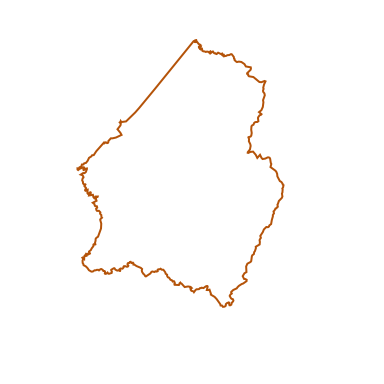 outline of Tuy Duc, Đắk Nông, Vietnam, rotated 47°
{"feature_id": "81297802B14510014839166", "entity_name": "Tuy Duc", "entity_type": "district", "adm_level": 2, "iso_a3": "VNM", "parent_name": "Vietnam", "parent_adm1": "Đắk Nông", "projection": "robinson", "projection_center": [107.388, 12.134], "detail": "fine", "context": "isolated", "style": "outline", "palette": "amber", "viewbox_px": 384, "rotation_deg": 47, "n_neighbors": 0, "source": "geoboundaries", "source_scale": "gbopen_adm2", "svg_char_len": 6007}
<svg xmlns="http://www.w3.org/2000/svg" viewBox="0 0 384 384"><g transform="rotate(47 192 192)"><path d="M171.6,321.2L173.9,320.4L176.2,320.3L178.9,320.7L181.6,319.9L182.5,318.8L182.8,316.7L183.6,315.9L183.9,314.9L184.9,313.7L185.9,313.5L186.0,311.6L186.6,310.8L188.2,310.4L189.3,310.7L190.1,309.9L190.6,309.8L191.2,310.1L192.1,311.3L192.7,311.3L193.2,310.6L193.3,308.7L194.6,308.9L195.2,308.5L196.4,306.0L195.6,304.9L194.4,304.6L193.8,304.1L194.4,301.3L194.9,300.7L196.5,301.0L198.5,300.3L199.1,299.1L200.3,298.8L200.7,298.4L200.5,298.0L199.1,297.5L199.2,296.5L200.7,295.1L200.5,293.4L199.9,293.0L199.8,292.5L200.6,291.5L202.4,290.5L202.8,289.5L202.5,288.8L200.9,288.5L200.4,287.8L200.4,287.1L201.2,286.1L200.8,285.2L201.2,284.5L202.2,284.6L203.2,283.7L203.4,284.2L204.3,283.6L205.2,284.3L205.7,283.7L208.3,283.1L212.5,281.2L214.3,281.0L215.3,282.4L216.5,283.0L218.6,283.4L219.8,283.2L221.7,283.6L222.3,283.3L223.2,278.0L222.8,276.5L223.0,275.3L224.9,274.0L225.0,272.9L225.8,272.5L226.5,271.3L226.5,271.0L225.6,270.5L225.5,269.5L226.6,268.1L226.7,267.3L228.4,267.0L229.3,266.0L229.8,266.0L232.5,266.3L233.8,267.0L235.5,266.6L236.3,267.4L237.9,267.8L239.0,267.2L241.6,267.6L242.7,266.9L244.3,267.2L244.8,266.1L245.3,266.0L247.0,266.7L247.2,267.6L248.0,268.0L251.1,265.0L251.0,264.3L250.3,263.5L250.3,262.5L250.8,262.7L251.6,262.1L256.5,262.2L258.4,259.3L260.2,257.9L260.9,257.7L261.9,257.7L261.4,258.8L262.3,259.0L262.5,259.6L263.0,259.7L263.9,259.8L265.7,258.7L266.6,258.9L266.1,256.3L266.2,255.1L267.4,253.7L267.8,253.1L267.8,251.6L268.4,251.0L268.5,250.3L270.1,249.1L270.4,246.4L270.7,245.5L271.3,244.9L271.9,245.1L273.8,248.0L274.8,247.0L275.4,245.8L279.4,247.6L279.9,248.2L284.1,247.0L287.1,247.0L293.2,247.8L294.5,248.5L295.5,247.5L297.1,247.7L298.1,246.3L298.2,244.9L297.1,243.7L297.1,242.2L297.8,240.4L298.4,240.3L299.2,241.2L300.4,241.8L300.9,241.4L301.2,240.1L300.2,238.6L300.0,236.5L299.6,235.7L298.3,235.2L297.1,235.9L296.0,235.9L293.7,235.3L293.2,233.9L293.4,232.2L292.2,231.9L291.8,231.4L291.8,228.6L293.0,225.0L292.7,223.8L292.6,221.8L293.2,218.4L293.8,217.1L294.4,212.9L293.5,211.9L292.0,212.4L291.1,213.2L288.1,212.3L287.2,209.1L287.7,206.8L283.4,203.2L282.2,200.4L283.1,196.9L282.9,195.8L279.8,192.0L279.4,191.1L279.6,189.1L278.4,187.6L278.2,186.4L276.6,183.5L275.5,182.7L276.5,178.3L274.8,176.4L273.5,175.6L273.0,174.9L272.5,172.9L270.7,172.0L269.6,167.5L268.4,165.0L268.3,161.5L269.5,160.5L269.7,160.0L269.7,159.1L269.2,158.3L269.4,156.0L266.9,152.7L265.0,149.5L264.0,148.6L263.5,146.6L261.8,145.6L261.8,144.4L261.0,142.1L261.5,141.4L261.2,140.3L261.3,139.3L259.5,138.1L259.3,137.3L257.8,134.6L257.6,130.4L257.0,129.0L254.5,127.3L254.0,126.2L251.9,123.9L251.1,123.6L250.7,122.2L249.4,120.4L248.5,120.6L247.8,120.1L245.6,119.8L243.9,120.3L238.8,118.9L236.7,117.3L234.5,116.5L233.1,116.5L227.3,117.6L225.6,114.9L224.4,114.5L221.0,112.2L219.9,111.9L219.0,112.3L218.3,113.1L217.5,115.7L216.0,117.9L214.5,117.9L211.2,116.9L211.6,121.0L208.2,120.0L204.1,119.8L202.5,122.0L201.8,124.2L201.3,124.5L200.9,124.0L200.4,120.6L198.3,117.7L196.9,116.8L193.7,115.8L192.1,114.1L190.5,113.5L190.4,113.3L191.4,111.4L191.2,110.2L189.6,108.1L186.8,106.2L184.5,103.7L184.3,102.7L184.7,101.1L183.9,99.5L183.9,98.6L184.2,97.8L185.3,96.5L185.5,95.2L182.9,93.3L182.5,92.7L182.0,90.3L182.6,88.7L182.5,88.1L179.3,88.5L179.5,85.5L178.1,82.2L175.1,78.6L173.3,77.4L170.9,72.8L169.3,71.8L167.2,71.6L166.2,70.8L165.4,69.3L164.4,68.9L162.5,66.0L161.2,62.8L160.3,63.2L159.0,66.4L157.5,67.7L149.8,68.7L146.2,71.4L145.1,71.4L144.2,70.6L143.1,71.1L142.7,70.6L142.6,65.9L142.0,64.8L140.9,64.0L136.9,67.0L134.2,66.4L130.6,67.2L128.6,68.8L127.6,70.5L126.5,70.8L124.6,70.9L123.9,70.2L123.1,70.3L121.7,69.3L118.4,69.0L117.8,69.4L117.2,71.4L116.0,72.9L115.8,74.0L114.6,76.0L113.3,75.1L112.9,75.4L113.1,76.4L112.5,76.5L111.8,75.6L111.3,75.5L111.0,76.7L107.9,77.9L107.9,79.9L107.6,80.2L106.6,80.2L106.2,80.8L105.6,81.1L103.5,80.9L103.2,83.4L102.4,82.5L101.7,82.5L101.6,83.2L102.2,84.3L100.4,84.6L99.5,85.3L99.0,86.4L97.8,86.9L96.8,87.8L95.8,88.1L94.0,87.0L93.7,87.5L93.7,88.4L93.0,88.6L91.7,86.4L91.4,86.9L91.7,88.4L91.2,88.5L90.4,87.8L90.8,86.0L90.2,85.5L88.1,86.2L86.0,85.9L84.8,87.1L84.4,85.6L83.8,85.3L83.2,86.2L83.2,87.8L82.8,88.0L91.3,148.8L94.5,173.2L95.1,179.2L95.4,192.1L92.7,195.9L91.6,195.8L91.9,196.2L91.8,197.4L93.5,197.5L94.5,198.9L95.3,203.7L99.9,204.0L102.2,204.6L100.3,210.5L98.5,213.6L97.4,214.8L97.7,218.4L98.6,219.4L98.7,220.2L98.3,220.8L96.9,221.1L96.6,222.9L95.8,222.7L96.9,234.2L98.0,238.7L97.0,240.0L97.3,241.4L96.8,244.0L98.0,247.0L98.4,249.7L97.5,251.3L97.8,252.6L96.8,253.8L97.8,255.3L97.2,257.6L97.6,258.8L96.6,259.6L97.5,260.4L98.3,260.3L98.4,258.5L99.8,254.6L100.3,254.2L101.3,254.4L101.5,254.9L101.4,256.0L102.0,256.3L102.3,255.8L102.5,253.9L103.1,252.8L103.5,253.1L105.0,256.0L104.9,257.7L103.9,258.7L103.4,261.5L105.3,260.6L107.1,261.2L107.4,261.5L107.4,262.6L108.5,264.3L110.3,264.9L111.2,265.7L112.8,266.0L113.3,265.8L113.4,264.9L113.8,264.8L114.5,266.7L116.6,266.7L117.5,267.1L117.3,268.3L118.0,269.1L118.7,268.9L119.3,266.9L121.4,269.2L122.3,269.4L122.7,269.2L122.7,266.9L123.0,266.4L123.7,266.6L124.0,267.3L124.1,269.4L124.3,269.7L126.5,266.4L128.5,267.6L130.2,267.7L130.4,267.2L129.7,266.3L129.5,265.7L131.0,264.1L131.2,264.5L130.6,265.5L130.9,266.4L132.1,267.3L133.3,267.8L132.2,271.9L134.4,271.6L135.7,272.4L136.3,272.4L137.6,271.3L138.8,272.0L138.8,273.5L139.9,274.2L141.1,274.3L142.3,272.9L144.4,272.9L144.9,273.8L145.6,274.1L146.9,274.0L148.7,275.4L149.4,275.4L149.4,277.5L149.7,278.1L153.2,279.9L156.6,283.4L160.6,291.2L160.3,293.2L160.6,294.5L161.9,295.8L163.0,297.6L164.4,298.4L164.2,298.9L163.2,299.5L163.2,299.9L164.4,301.2L164.8,303.8L165.5,305.6L165.3,307.9L166.3,308.8L167.0,308.4L167.4,308.6L166.9,310.5L166.0,310.7L166.6,312.1L166.0,312.2L165.5,311.6L165.0,311.7L165.3,312.6L166.4,313.2L166.2,313.5L165.4,313.8L165.5,314.5L167.4,316.5L165.4,316.6L165.3,317.0L166.7,317.2L167.6,318.9L169.4,320.4L170.3,320.5L171.6,321.2Z" fill="none" stroke="#b45309" stroke-width="2"/></g></svg>